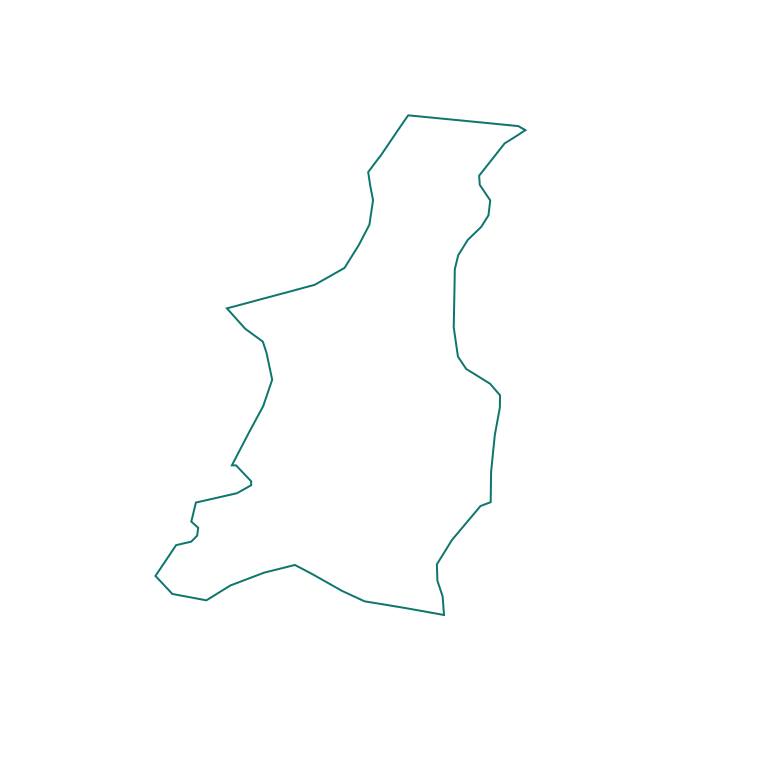 Denbighshire, orthographic projection, rotated 32°
{"feature_id": "GBR-2125", "entity_name": "Denbighshire", "entity_type": "Unitary Authority (wales)", "adm_level": 1, "iso_a3": "GBR", "parent_name": "United Kingdom", "parent_adm1": "", "projection": "orthographic", "projection_center": [-3.367, 53.104], "detail": "fine", "context": "isolated", "style": "outline", "palette": "teal", "viewbox_px": 768, "rotation_deg": 32, "n_neighbors": 0, "source": "natural_earth", "source_scale": "10m", "svg_char_len": 1014}
<svg xmlns="http://www.w3.org/2000/svg" viewBox="0 0 768 768"><g transform="rotate(32 384 384)"><path d="M262.2,143.3L361.3,94.1L369.4,93.8L368.9,94.7L366.0,101.2L358.8,116.0L354.3,156.9L359.7,164.4L376.8,172.0L383.2,185.6L383.2,199.2L378.7,217.3L378.7,235.5L383.2,249.1L393.2,265.7L413.1,299.0L432.2,321.6L445.8,327.7L460.3,327.6L473.9,327.6L488.4,332.1L494.8,342.7L504.9,368.3L521.3,401.6L537.1,427.7L530.5,436.3L524.3,480.2L524.4,508.9L533.5,522.5L546.3,533.1L557.3,548.1L519.1,563.4L482.7,578.6L458.1,581.7L424.3,583.2L404.3,584.7L382.4,607.4L360.5,636.2L348.0,661.6L315.8,674.2L291.9,667.9L293.1,630.8L304.1,619.8L305.9,611.6L302.6,604.4L293.5,602.8L287.3,584.2L317.2,554.5L325.0,540.2L322.9,536.9L301.7,531.4L298.1,533.6L295.1,495.6L293.3,466.8L286.9,439.6L267.9,419.9L258.8,412.3L237.0,410.7L210.7,403.1L272.6,336.7L289.0,306.5L289.0,279.3L287.2,256.6L277.3,233.9L267.4,223.3L258.3,212.7L259.3,200.6L260.2,191.5L261.2,164.3L262.0,145.7L262.2,143.3Z" fill="none" stroke="#0f766e" stroke-width="2"/></g></svg>